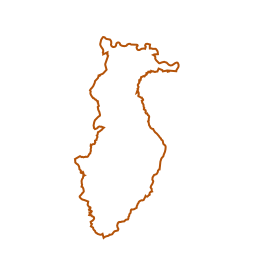 the district of Tautii Magheraus, Maramures, Romania, rotated 159°
{"feature_id": "2599482B35986305361226", "entity_name": "Tautii Magheraus", "entity_type": "district", "adm_level": 2, "iso_a3": "ROU", "parent_name": "Romania", "parent_adm1": "Maramures", "projection": "orthographic", "projection_center": [23.49, 47.714], "detail": "fine", "context": "isolated", "style": "outline", "palette": "amber", "viewbox_px": 256, "rotation_deg": 159, "n_neighbors": 0, "source": "geoboundaries", "source_scale": "gbopen_adm2", "svg_char_len": 5881}
<svg xmlns="http://www.w3.org/2000/svg" viewBox="0 0 256 256"><g transform="rotate(159 128 128)"><path d="M86.9,197.1L89.3,196.7L90.0,196.9L90.9,197.5L91.2,198.2L91.2,199.8L90.9,200.5L89.7,201.2L89.4,201.6L89.5,202.2L90.0,202.6L95.0,204.7L95.4,205.0L95.9,205.8L97.0,206.2L98.8,206.2L99.5,205.6L100.3,205.4L102.1,205.7L104.0,206.8L105.3,208.2L105.4,209.1L105.3,209.9L105.8,210.9L106.5,211.4L107.3,211.5L108.3,211.2L108.9,210.6L109.6,209.3L110.7,208.6L111.8,208.6L112.9,208.9L113.8,210.0L114.1,211.0L114.0,212.0L113.2,213.2L112.7,214.9L112.8,216.0L113.2,217.1L116.1,218.8L116.8,219.6L117.3,221.0L118.5,221.8L118.9,221.8L121.4,220.0L123.9,216.3L124.1,215.2L123.9,213.3L123.3,210.9L123.2,209.9L123.5,208.7L124.5,207.4L124.4,206.3L124.7,205.7L120.1,206.0L120.6,205.1L120.4,205.1L121.2,202.3L121.0,202.2L126.4,195.8L126.7,194.5L127.1,190.1L131.5,187.9L132.3,187.7L135.6,187.6L135.3,187.3L135.4,187.0L137.1,186.8L138.2,185.4L142.0,183.6L142.8,182.2L145.4,179.6L147.3,178.4L148.5,177.9L150.0,176.8L149.7,175.6L150.6,174.1L150.8,173.1L150.7,172.6L150.7,171.6L150.5,171.0L150.4,170.0L149.8,168.9L149.9,168.7L149.9,168.4L149.1,167.9L148.4,166.3L147.9,166.0L147.4,164.6L146.6,163.9L146.8,163.5L146.7,163.1L147.2,162.5L147.0,161.9L147.3,160.4L147.3,159.1L148.2,158.5L148.6,158.5L148.9,157.7L149.0,156.4L149.2,156.1L149.2,155.0L149.0,153.3L149.4,150.3L149.8,149.6L152.0,149.0L156.1,147.1L157.5,145.5L159.1,142.9L159.3,142.5L159.5,140.9L159.8,140.3L159.2,138.8L157.2,138.8L156.2,139.1L155.4,139.6L154.2,139.7L152.9,138.9L152.4,138.8L150.4,137.0L152.4,136.2L153.4,135.6L154.2,135.5L155.7,135.0L157.6,134.8L158.8,132.7L159.3,132.3L159.8,132.2L159.7,131.6L159.7,130.6L160.0,130.3L161.2,129.1L161.6,128.2L163.3,128.0L163.7,126.9L163.7,126.3L164.3,125.9L164.6,125.3L165.2,125.1L166.8,125.5L168.2,125.3L168.5,124.7L168.8,124.6L169.0,125.2L169.4,124.5L169.2,124.0L169.4,123.0L169.9,122.4L170.7,120.9L170.8,120.0L172.0,118.6L172.4,117.8L173.3,117.7L175.3,116.0L175.9,115.7L176.7,115.7L177.8,116.4L178.5,116.3L179.2,116.6L180.1,116.6L181.0,117.4L181.8,117.5L182.9,118.9L188.6,118.0L188.6,117.5L188.9,117.1L189.0,116.2L189.5,115.1L189.5,114.5L188.6,112.7L187.9,111.9L187.5,109.8L187.8,107.9L188.1,106.9L187.4,105.5L187.3,104.7L188.0,103.8L188.1,103.3L187.9,102.9L187.6,102.9L186.7,101.9L186.2,102.3L186.0,103.0L185.8,103.1L185.7,102.7L186.1,101.2L185.9,100.9L185.9,100.6L186.3,100.2L186.0,99.9L186.0,99.6L185.6,99.3L187.1,99.0L188.0,97.5L189.3,96.6L190.4,95.1L190.6,94.1L191.0,93.1L191.2,91.4L192.4,89.9L191.6,89.1L191.4,87.6L191.7,85.8L192.0,84.7L192.9,83.9L194.3,83.4L195.0,82.8L197.3,81.7L197.6,81.5L197.8,80.9L197.4,79.4L196.3,77.6L194.6,76.4L191.5,73.6L193.2,70.8L192.8,68.6L192.6,68.3L191.6,67.5L191.6,67.3L192.1,67.2L192.1,66.3L193.5,66.0L193.4,65.5L193.6,65.1L192.8,65.0L192.6,64.3L191.7,63.5L191.7,63.2L192.6,62.8L192.7,62.2L193.2,62.2L193.9,62.7L194.4,62.6L194.4,61.6L195.3,60.7L194.8,60.5L194.6,60.0L193.9,60.1L193.3,59.6L193.2,58.4L192.1,57.5L191.8,56.8L192.0,55.8L192.7,55.0L194.0,54.3L196.5,53.8L196.7,52.0L196.1,51.3L197.9,49.5L196.3,47.5L196.6,46.2L196.3,44.9L195.7,43.8L195.7,42.3L195.5,41.7L194.8,41.1L194.5,40.2L192.2,38.3L191.1,38.0L189.7,38.3L190.1,34.2L189.0,34.6L187.3,34.7L184.9,34.4L183.9,34.7L183.5,35.1L182.7,34.6L180.8,34.5L179.2,35.6L177.6,36.4L174.2,36.0L173.2,37.1L173.2,38.2L173.4,38.7L173.1,40.8L171.6,42.8L170.8,43.0L170.5,43.4L169.5,43.3L168.4,42.8L167.8,42.9L164.9,42.2L163.7,42.8L162.7,43.1L160.8,42.7L160.0,43.5L159.4,44.9L158.5,45.4L157.6,47.0L156.1,47.8L155.3,49.1L154.9,50.0L154.3,50.6L153.8,50.7L153.1,50.3L151.6,50.0L148.5,50.4L147.9,51.8L147.0,52.6L146.1,53.7L144.9,54.4L144.6,54.9L144.0,55.3L142.8,55.6L141.3,55.7L140.3,55.2L139.2,55.2L136.8,57.3L135.9,58.3L135.6,57.6L134.5,57.0L132.7,57.8L131.8,57.8L131.6,58.0L131.7,58.6L130.8,59.8L129.8,60.2L128.3,60.1L128.4,60.7L127.7,62.9L128.1,63.9L128.1,64.6L127.2,65.7L125.1,67.3L123.8,68.8L123.5,69.3L123.5,69.7L123.8,71.0L122.8,73.0L120.5,74.8L118.6,74.7L117.4,75.0L116.0,76.2L115.3,77.4L113.7,78.3L113.3,78.1L109.8,85.0L107.9,87.4L107.1,88.0L105.2,88.9L104.2,90.3L102.0,92.6L100.7,94.6L99.6,96.9L99.5,98.3L100.6,100.2L100.6,101.3L100.2,103.4L100.2,103.9L101.1,105.3L101.0,106.4L101.7,107.8L101.9,109.0L103.1,112.4L104.2,114.3L104.8,116.7L104.8,118.0L106.1,118.9L106.9,120.2L107.0,122.0L107.3,122.8L106.7,125.9L106.9,126.4L106.9,127.1L106.1,127.3L105.7,128.0L105.5,128.9L104.4,130.5L104.1,131.3L104.3,132.4L104.8,132.9L104.9,134.7L105.4,134.7L105.9,135.1L106.1,136.1L106.1,136.5L105.4,137.2L105.3,138.3L106.5,139.7L106.5,140.0L105.6,140.9L105.8,142.2L105.2,144.1L105.4,145.8L105.7,146.5L105.3,147.6L105.4,148.4L104.0,148.7L103.8,148.8L103.7,149.4L104.2,150.5L104.2,151.4L105.2,151.9L106.0,153.2L106.9,153.9L106.8,154.5L105.8,155.7L105.4,157.4L105.5,158.2L107.3,157.8L106.1,159.3L105.0,160.0L105.2,160.4L105.0,161.3L104.3,161.5L103.4,162.6L103.6,163.4L103.5,164.6L102.9,165.2L101.4,166.1L100.6,168.1L100.2,167.6L99.4,168.8L98.9,168.5L97.5,170.8L95.9,170.7L95.1,171.0L94.1,170.2L92.9,171.1L92.0,171.1L91.3,171.3L91.0,171.8L91.2,172.6L90.7,172.7L89.9,172.4L89.0,173.2L88.7,173.0L88.3,172.4L88.1,172.4L87.8,173.0L87.5,172.9L87.2,172.5L87.1,171.9L86.5,172.1L85.9,173.0L85.8,172.9L85.7,172.5L85.1,172.4L84.5,171.8L84.0,171.8L83.3,170.9L82.6,170.8L82.2,170.5L81.3,170.5L80.3,170.2L78.1,172.5L75.2,169.7L75.2,168.4L70.9,167.6L70.8,166.3L69.7,166.2L69.8,167.2L62.6,163.7L62.0,164.7L59.3,166.7L58.6,167.6L58.1,169.1L58.2,170.8L58.4,171.2L58.9,171.6L60.5,171.7L64.2,170.8L65.8,171.1L66.7,171.8L67.3,172.5L68.5,175.2L70.5,176.8L72.7,177.1L75.3,177.1L75.8,177.4L77.4,181.1L77.7,182.4L77.7,183.2L77.1,184.3L77.1,185.2L77.6,186.4L78.3,187.2L77.2,187.3L73.6,186.2L73.0,188.3L73.0,189.7L73.6,191.7L74.0,192.1L75.8,192.7L76.7,193.1L77.4,193.8L79.1,194.4L78.5,196.2L77.5,198.0L79.8,199.7L81.0,200.0L81.5,199.8L82.4,199.0L82.5,198.4L82.3,197.4L83.7,195.8L84.3,196.4L86.9,197.1Z" fill="none" stroke="#b45309" stroke-width="2"/></g></svg>